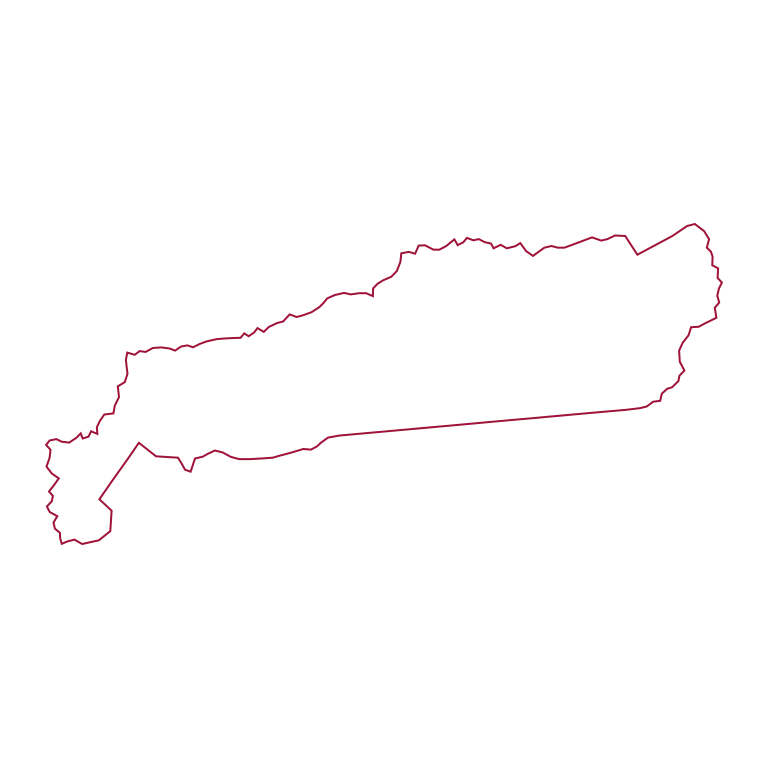 São Pedro da Cipa, Mato Grosso, Brazil
{"feature_id": "56859067B41426508877483", "entity_name": "São Pedro da Cipa", "entity_type": "district", "adm_level": 2, "iso_a3": "BRA", "parent_name": "Brazil", "parent_adm1": "Mato Grosso", "projection": "albers", "projection_center": [-54.778, -15.968], "detail": "fine", "context": "isolated", "style": "outline", "palette": "rose", "viewbox_px": 768, "rotation_deg": 0, "n_neighbors": 0, "source": "geoboundaries", "source_scale": "gbopen_adm2", "svg_char_len": 2373}
<svg xmlns="http://www.w3.org/2000/svg" viewBox="0 0 768 768"><path d="M104.3,414.5L100.0,420.7L96.9,427.1L97.3,433.9L91.1,431.3L88.5,436.6L82.7,438.5L80.7,433.4L76.3,437.9L69.1,442.6L61.7,441.7L56.3,439.1L49.6,440.5L46.1,444.9L50.5,449.8L49.6,457.7L46.5,466.6L51.8,473.5L58.8,478.4L53.5,485.8L49.0,491.5L52.9,495.9L51.8,501.2L46.9,506.5L49.7,512.0L57.3,516.2L53.5,522.6L54.9,528.6L59.9,532.8L60.2,538.5L61.8,543.8L67.5,541.4L74.5,539.6L82.1,544.0L98.9,540.3L110.3,531.1L111.6,510.7L99.4,499.3L110.5,483.2L128.4,458.0L132.2,452.5L138.9,442.8L156.0,456.3L178.0,457.7L182.0,464.2L185.0,469.7L190.6,471.7L195.0,458.5L202.7,456.7L207.7,453.9L214.9,450.5L222.8,452.5L230.7,456.8L239.1,459.1L250.9,459.1L264.1,458.3L272.7,457.7L279.6,455.7L291.7,452.5L303.3,449.0L311.0,449.6L317.0,446.4L321.2,442.5L328.0,437.6L339.0,435.6L480.9,422.8L500.6,421.0L605.4,411.6L625.4,409.9L639.7,408.2L646.7,406.5L653.2,401.7L660.2,400.8L661.8,393.7L667.1,388.8L672.0,387.3L678.4,381.1L679.4,375.8L684.4,370.5L679.8,361.8L679.1,350.7L682.6,342.9L688.6,335.2L691.1,327.2L698.6,326.8L705.9,322.9L716.4,317.8L714.8,307.8L719.2,302.5L717.3,295.7L718.9,288.6L721.9,282.5L717.6,278.0L718.1,268.3L712.3,265.3L712.6,256.7L711.0,251.8L706.8,247.6L709.1,239.2L704.2,231.2L694.8,224.0L687.1,226.0L672.2,236.1L637.4,254.7L625.2,236.0L615.0,235.5L607.4,239.1L601.3,240.6L592.0,237.4L577.6,242.8L564.4,247.7L557.8,247.7L551.5,246.0L544.3,247.7L533.0,255.9L526.1,251.1L520.3,243.1L515.3,246.2L506.8,248.3L500.7,244.8L493.6,248.3L491.1,243.6L484.8,242.2L478.8,239.1L473.4,240.3L466.9,237.9L463.3,242.3L457.7,245.1L454.4,239.4L446.3,246.0L439.3,249.7L433.5,249.7L425.0,245.3L418.7,245.6L415.1,253.7L408.8,251.9L401.3,253.3L400.4,261.9L396.9,270.9L391.4,276.7L383.1,280.3L377.5,283.8L373.1,288.4L372.9,296.1L366.1,293.2L359.1,293.2L350.8,294.4L344.1,292.9L334.9,295.0L327.2,298.4L323.3,303.2L319.5,307.0L311.5,312.2L302.4,315.5L296.6,317.0L289.7,314.4L283.1,321.5L277.1,323.0L268.8,327.0L263.8,331.9L257.5,328.1L254.1,332.5L248.6,336.2L244.3,333.4L240.5,337.8L233.8,338.0L224.2,338.5L216.8,339.1L206.6,341.4L199.6,344.0L193.0,347.3L187.5,345.4L181.1,346.5L175.1,350.6L169.6,348.5L161.4,347.4L152.8,348.0L145.7,351.9L139.6,351.1L134.7,354.8L127.3,352.6L125.9,359.8L126.6,366.4L127.5,373.7L124.8,382.1L117.8,386.3L119.0,397.1L114.8,405.6L113.4,413.4L104.3,414.5Z" fill="none" stroke="#9f1239" stroke-width="2"/></svg>